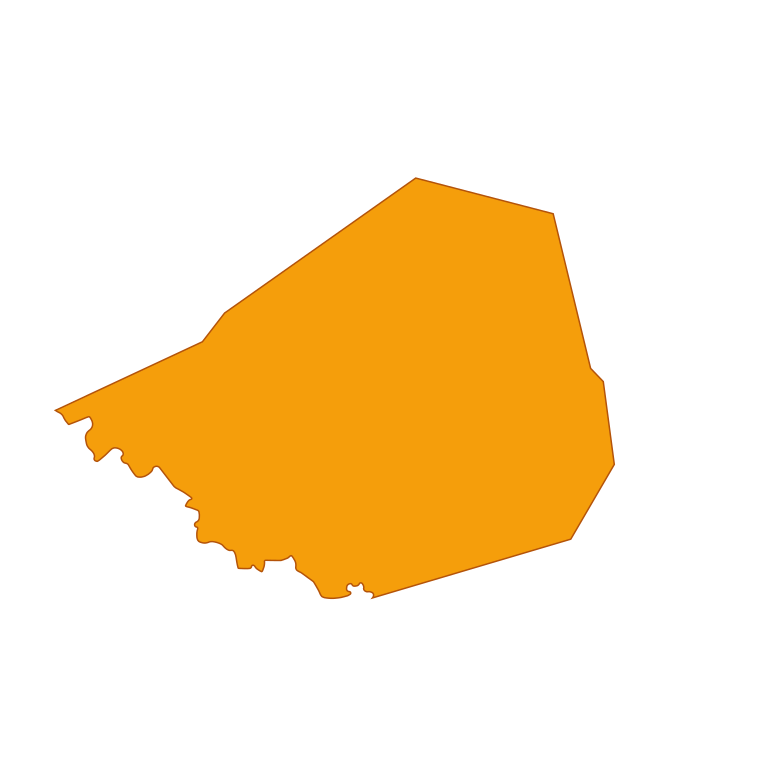 Candelaria, Lempira, Honduras (orthographic projection), rotated 128°
{"feature_id": "27666195B3501505273689", "entity_name": "Candelaria", "entity_type": "district", "adm_level": 2, "iso_a3": "HND", "parent_name": "Honduras", "parent_adm1": "Lempira", "projection": "orthographic", "projection_center": [-88.523, 14.054], "detail": "fine", "context": "isolated", "style": "filled", "palette": "amber", "viewbox_px": 768, "rotation_deg": 128, "n_neighbors": 0, "source": "geoboundaries", "source_scale": "gbopen_adm2", "svg_char_len": 6111}
<svg xmlns="http://www.w3.org/2000/svg" viewBox="0 0 768 768"><g transform="rotate(128 384 384)"><path d="M202.2,485.8L426.2,553.3L462.5,553.1L607.1,626.7L606.9,624.4L606.4,621.9L606.3,621.0L606.3,619.8L606.4,618.8L606.6,618.1L606.8,617.4L607.0,616.9L607.8,615.4L608.2,614.4L608.6,613.4L609.0,612.4L609.4,610.5L609.7,609.2L610.0,607.9L609.9,607.6L609.7,607.3L609.5,607.2L604.2,604.0L599.1,601.0L593.6,597.9L591.9,596.8L591.5,596.5L591.3,596.1L591.2,595.7L591.3,595.2L591.6,594.1L592.2,592.8L592.7,591.7L593.4,590.6L594.0,589.9L594.7,589.1L595.3,588.7L596.2,588.1L597.2,587.7L597.9,587.5L598.7,587.4L599.5,587.3L600.8,587.4L602.4,587.8L603.7,588.0L605.0,588.1L606.2,587.9L607.3,587.6L608.1,587.3L608.6,587.1L609.3,586.7L610.0,586.2L610.9,585.4L612.4,583.8L614.2,581.7L615.0,580.6L615.6,579.4L616.0,578.2L616.3,577.1L616.4,576.0L616.5,574.0L616.7,572.4L617.1,570.9L617.7,569.5L618.0,569.0L618.4,568.5L618.8,568.0L619.2,567.6L620.1,567.1L621.2,566.6L621.7,566.2L622.0,565.6L622.2,565.2L622.3,564.7L622.2,564.1L622.0,563.3L621.8,562.9L621.6,562.5L621.3,562.2L621.0,562.1L620.3,561.8L619.0,561.4L614.8,560.5L611.8,559.9L609.7,559.6L604.8,559.0L602.8,558.6L602.2,558.4L601.7,558.1L600.8,557.6L600.4,557.2L600.0,556.8L599.4,555.9L598.9,555.0L598.5,554.1L598.2,553.1L598.0,552.3L597.9,551.5L597.9,550.4L598.0,549.4L598.2,548.5L598.5,547.8L599.0,547.1L599.5,546.5L600.1,546.2L600.6,546.0L601.2,545.9L601.6,546.0L602.2,546.1L602.9,546.1L603.6,545.9L604.0,545.6L604.4,545.3L605.0,544.5L605.4,543.8L605.7,543.1L605.9,542.4L606.0,541.8L606.1,541.3L606.1,540.6L605.9,540.0L605.8,539.5L605.5,538.9L605.1,538.1L605.0,537.6L604.9,536.9L604.9,536.2L605.1,535.6L605.4,534.8L606.6,531.9L607.3,530.0L608.0,527.8L608.5,526.0L608.9,524.5L609.2,523.1L609.2,522.3L609.0,521.5L608.8,520.7L608.4,520.1L607.8,519.2L607.0,518.2L606.4,517.6L605.4,516.8L604.2,515.9L603.5,515.5L602.1,514.9L600.3,514.2L598.6,513.8L597.0,513.5L595.7,513.4L594.8,513.5L593.8,513.8L593.0,514.1L592.3,514.3L591.5,514.2L590.9,514.1L590.3,513.8L589.6,513.3L589.1,512.9L588.7,512.4L588.4,511.8L588.1,511.1L588.0,510.5L588.0,509.9L588.1,509.2L593.6,487.9L593.8,487.0L594.0,486.2L594.0,485.0L594.0,483.7L593.8,482.9L593.4,480.7L593.0,478.1L592.6,475.5L592.4,472.9L592.2,469.0L592.1,466.2L592.2,465.5L592.3,465.3L592.6,465.0L592.8,464.9L593.2,464.8L593.6,465.0L594.2,465.4L594.7,465.7L595.4,466.0L596.1,466.1L597.3,466.2L598.7,466.1L600.1,465.9L601.0,465.7L602.1,465.4L602.3,465.1L602.2,464.4L602.0,463.7L601.1,461.7L600.4,460.0L599.4,456.9L598.8,454.9L598.4,453.6L598.2,452.7L598.2,452.2L598.4,451.6L598.6,451.2L599.4,450.3L600.8,448.9L601.9,448.1L603.0,447.3L603.8,446.8L604.3,446.6L604.8,446.4L605.3,446.3L605.9,446.3L606.6,446.3L607.1,446.4L607.7,446.6L608.8,447.1L609.3,447.2L609.6,447.2L610.1,447.2L610.6,447.1L610.9,447.0L611.4,446.7L611.7,446.4L612.1,446.0L612.3,445.6L612.4,445.1L612.4,444.7L612.4,444.2L612.0,443.4L611.9,443.0L612.0,442.6L612.2,442.1L612.6,441.8L613.1,441.5L614.8,440.8L615.9,440.2L617.1,439.4L619.0,437.9L620.3,436.7L620.9,435.9L621.5,435.0L621.7,434.6L621.8,434.0L622.0,433.4L622.0,432.8L621.9,432.1L621.7,431.3L621.4,430.5L621.1,429.8L620.8,429.1L620.3,428.2L619.5,427.1L618.7,426.3L617.6,425.4L616.5,424.7L615.8,424.3L615.1,423.7L614.4,422.9L613.7,422.0L613.0,420.8L612.3,419.4L611.7,418.0L611.2,416.6L610.8,415.3L610.6,414.3L610.4,413.2L610.4,412.4L610.5,411.5L610.9,409.2L611.0,407.9L611.0,406.4L610.8,405.0L610.6,404.2L610.3,403.4L609.7,402.6L608.8,401.6L608.6,401.3L608.4,400.9L608.2,400.2L608.2,399.9L608.3,399.3L608.5,398.6L608.7,398.1L609.2,397.2L610.0,395.8L610.7,395.0L611.7,393.8L614.8,390.5L616.9,388.1L618.7,385.8L618.8,385.6L618.8,385.3L618.7,385.0L617.8,383.7L615.5,380.5L613.4,377.8L612.0,376.3L611.6,376.0L611.3,375.9L610.6,375.7L610.1,375.8L609.8,375.8L609.2,376.2L608.9,376.2L608.4,376.2L608.1,376.2L607.8,376.0L607.5,375.7L607.3,375.5L607.2,375.2L607.1,374.8L607.1,374.1L607.2,373.6L607.5,372.7L607.7,372.0L607.9,371.0L607.9,370.2L607.8,368.5L607.6,366.6L607.3,365.1L607.2,364.9L606.8,364.7L606.7,364.7L606.1,364.7L604.4,365.2L601.8,366.1L600.6,366.7L599.4,367.4L598.5,368.0L597.3,369.1L597.0,369.2L596.7,369.2L596.2,369.1L595.5,368.4L592.6,364.5L587.8,358.2L586.8,357.0L586.4,356.5L585.8,356.1L584.2,355.0L580.9,353.0L580.3,352.7L579.6,352.5L579.2,352.4L578.0,352.2L577.6,352.1L577.2,352.0L576.8,351.8L576.5,351.4L576.3,351.2L576.3,350.5L576.9,348.4L577.3,347.5L577.8,346.1L578.2,345.3L578.6,344.5L579.5,343.3L580.5,342.3L581.5,341.5L582.9,340.6L583.3,340.2L583.6,339.9L583.9,339.4L584.1,338.9L584.3,338.5L584.4,337.7L584.3,336.2L584.1,335.2L583.7,333.4L583.6,331.8L583.4,324.7L583.2,319.4L583.2,318.0L583.3,317.5L584.8,313.6L586.4,309.7L587.5,307.3L588.7,305.1L589.2,304.1L589.4,303.3L589.6,302.7L589.7,301.9L589.6,301.4L589.4,300.6L589.0,299.4L588.5,298.5L588.0,297.6L587.0,296.0L585.8,294.2L584.1,292.0L583.1,290.9L580.6,288.3L578.6,286.4L575.9,284.3L573.5,282.5L572.8,282.1L572.0,281.8L571.3,281.5L570.4,281.2L570.1,281.2L569.8,281.2L569.5,281.3L569.3,281.5L569.0,281.7L568.9,282.0L568.7,282.3L568.7,282.7L568.7,283.0L568.8,283.3L569.2,283.9L569.3,284.2L569.5,284.9L569.5,285.4L569.5,285.8L569.3,286.3L569.1,286.7L568.7,287.2L568.1,287.7L567.4,288.1L566.6,288.6L566.1,288.8L565.6,288.9L565.0,289.0L564.5,288.9L563.8,288.8L563.0,288.4L562.3,287.9L562.0,287.6L561.9,287.3L561.6,286.8L561.6,286.2L561.7,285.8L562.0,285.1L562.0,284.8L562.1,284.3L562.0,283.8L561.9,283.5L561.7,283.1L561.1,282.4L560.6,281.9L559.7,281.1L559.4,280.9L558.8,280.6L558.3,280.5L557.7,280.4L557.3,280.4L556.4,280.5L556.0,280.5L555.7,280.4L555.4,280.3L555.0,279.9L554.8,279.6L554.7,279.2L554.6,278.9L554.6,278.5L554.9,277.5L555.3,276.5L555.8,275.7L556.3,275.1L556.9,274.5L557.8,274.1L558.2,273.6L558.4,273.3L558.6,272.9L558.7,272.5L558.8,272.0L558.8,271.5L558.7,270.8L558.5,270.3L558.4,269.8L558.0,269.2L557.7,268.9L557.0,268.1L556.7,267.7L556.3,267.2L556.1,266.5L555.8,265.7L555.6,264.8L555.6,264.3L555.7,263.8L555.9,263.3L556.2,262.8L556.6,262.4L557.2,262.0L557.6,261.7L558.2,261.6L559.0,261.4L559.7,261.4L391.3,141.3L305.6,153.0L247.1,212.7L244.5,230.8L145.7,355.5L202.2,485.8Z" fill="#f59e0b" stroke="#b45309" stroke-width="1.5"/></g></svg>